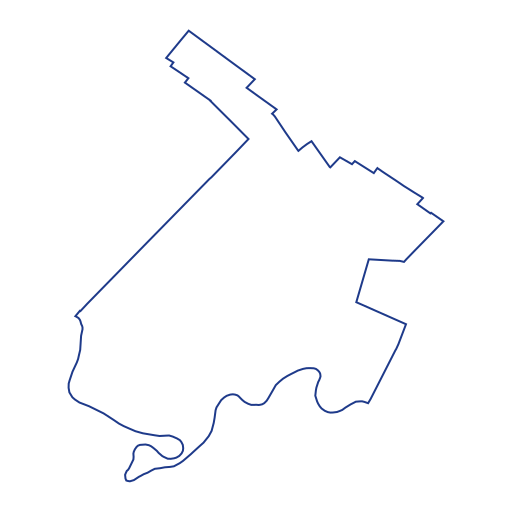 Moldoveni, Ialomita, Romania (Robinson projection)
{"feature_id": "2599482B86291871971416", "entity_name": "Moldoveni", "entity_type": "district", "adm_level": 2, "iso_a3": "ROU", "parent_name": "Romania", "parent_adm1": "Ialomita", "projection": "robinson", "projection_center": [26.516, 44.733], "detail": "fine", "context": "isolated", "style": "outline", "palette": "blue", "viewbox_px": 512, "rotation_deg": 0, "n_neighbors": 0, "source": "geoboundaries", "source_scale": "gbopen_adm2", "svg_char_len": 3095}
<svg xmlns="http://www.w3.org/2000/svg" viewBox="0 0 512 512"><path d="M404.0,261.9L406.5,259.1L415.6,249.7L443.4,221.3L431.1,212.8L430.4,213.4L417.3,204.2L423.0,198.0L422.8,197.8L413.7,192.2L404.5,186.4L404.3,186.3L396.1,180.7L394.8,179.8L394.6,179.7L384.9,173.3L384.6,173.1L381.2,170.8L381.0,170.6L377.6,168.3L377.4,168.1L376.9,168.7L376.4,169.4L373.8,173.1L364.3,167.1L354.8,161.1L352.0,164.2L339.9,157.3L330.3,167.4L329.8,167.1L311.5,141.2L307.1,144.0L302.5,147.4L298.4,150.9L298.2,150.7L285.2,132.0L274.8,116.4L273.0,114.4L272.1,113.7L273.9,112.0L276.6,109.4L257.8,95.9L246.6,87.8L254.8,79.2L236.2,65.6L188.7,30.7L180.3,40.8L169.7,53.7L166.2,58.0L169.8,60.2L173.4,62.4L170.6,66.3L183.6,75.0L188.4,78.2L184.9,82.6L200.0,93.2L204.4,96.3L210.4,100.5L210.2,100.7L214.4,104.9L231.4,121.8L244.0,134.5L248.5,139.0L237.3,150.7L211.4,177.3L209.4,179.0L149.5,240.1L87.1,303.9L80.4,311.1L79.9,310.8L75.4,316.2L76.2,316.6L78.5,318.0L79.8,319.7L80.5,321.4L80.9,323.0L81.1,323.5L81.2,324.1L82.1,325.9L82.5,327.4L82.5,329.3L81.1,335.8L80.2,349.9L79.1,354.5L78.1,359.0L76.8,362.5L72.5,371.7L69.6,380.4L68.7,383.6L68.6,387.8L69.4,392.4L72.4,397.3L74.9,399.5L79.4,402.5L89.0,406.2L103.6,413.4L113.3,419.7L119.0,423.6L123.7,426.1L129.6,428.7L131.5,429.5L135.4,431.2L142.9,433.3L154.8,435.3L159.6,436.0L166.8,435.6L169.1,435.5L172.8,436.6L174.8,437.5L176.9,438.4L178.4,439.3L179.8,440.1L181.2,441.8L181.7,442.7L182.8,444.9L183.2,448.2L182.9,450.8L181.6,453.4L180.3,454.8L179.3,455.9L176.4,457.6L174.1,458.3L170.8,458.8L167.7,458.7L163.6,456.8L162.2,456.0L160.5,454.5L158.7,453.0L156.8,450.8L153.7,448.2L152.4,447.2L151.0,446.2L148.9,445.2L145.5,444.5L139.9,444.9L137.9,445.7L136.5,447.0L134.9,449.3L133.8,451.7L133.4,453.6L133.6,456.9L133.5,458.2L133.4,459.5L129.2,468.1L128.1,469.8L126.8,470.9L125.9,472.8L125.1,474.8L125.5,478.6L126.3,480.5L128.0,481.0L129.9,481.3L133.9,480.1L138.9,476.8L140.7,475.9L143.7,474.2L147.6,472.7L151.2,470.6L154.8,468.8L160.1,468.2L164.8,467.3L170.1,466.9L173.9,466.3L179.7,463.2L183.0,460.9L190.7,454.3L193.5,451.7L200.1,445.7L203.5,442.7L208.7,436.2L211.6,430.9L213.7,423.0L214.6,417.8L215.6,410.2L216.5,407.4L219.5,402.7L221.2,400.1L224.1,397.5L226.7,395.8L230.2,394.6L232.8,394.3L235.1,394.6L237.5,395.4L239.0,396.6L240.1,397.8L242.3,400.0L244.6,401.9L248.2,403.8L251.3,404.9L256.6,404.8L258.8,405.0L260.5,404.7L262.2,404.3L264.2,403.2L266.7,400.7L268.3,398.2L272.8,390.4L275.8,385.1L279.4,381.7L283.0,378.7L287.3,376.0L291.1,374.0L294.9,372.1L297.8,370.6L303.0,368.9L306.5,368.2L310.0,368.1L313.8,368.3L315.9,368.9L317.8,370.3L319.2,371.8L320.1,373.4L320.4,375.1L320.5,376.4L320.1,377.8L319.2,380.1L318.2,382.0L316.4,387.6L315.9,390.3L315.3,395.7L317.1,401.4L318.1,403.6L319.8,406.4L321.6,408.5L324.8,410.8L327.8,412.1L330.5,412.6L333.0,412.5L337.0,412.0L340.0,410.9L342.3,409.9L345.4,407.6L350.6,404.4L353.9,402.7L355.8,401.7L359.4,401.4L362.0,401.3L364.4,401.9L368.1,403.2L370.6,399.0L383.7,373.3L395.4,350.3L396.2,349.0L398.4,344.2L406.0,324.2L356.3,302.2L368.8,259.3L393.0,260.7L394.1,260.7L399.8,260.9L404.0,261.9Z" fill="none" stroke="#1e3a8a" stroke-width="2"/></svg>